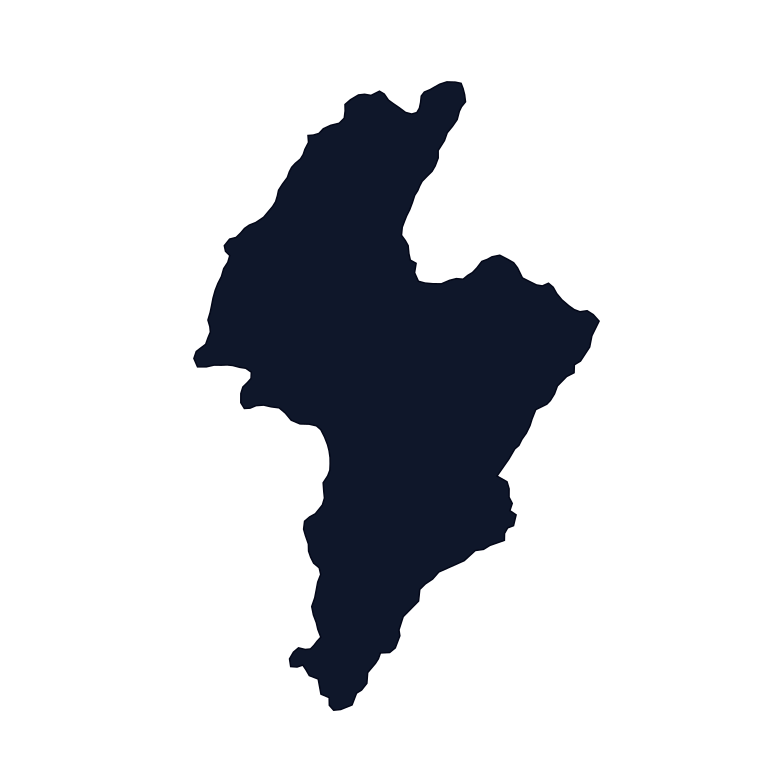 outline of Delfim Moreira, Minas Gerais, Brazil, rotated 331°
{"feature_id": "56859067B30477670707937", "entity_name": "Delfim Moreira", "entity_type": "district", "adm_level": 2, "iso_a3": "BRA", "parent_name": "Brazil", "parent_adm1": "Minas Gerais", "projection": "mercator", "projection_center": [-45.288, -22.512], "detail": "fine", "context": "isolated", "style": "filled", "palette": "ink", "viewbox_px": 768, "rotation_deg": 331, "n_neighbors": 0, "source": "geoboundaries", "source_scale": "gbopen_adm2", "svg_char_len": 3303}
<svg xmlns="http://www.w3.org/2000/svg" viewBox="0 0 768 768"><g transform="rotate(331 384 384)"><path d="M592.1,176.7L594.8,170.0L596.4,164.0L597.2,158.4L592.8,154.6L585.4,150.2L578.1,148.8L573.0,148.8L567.1,148.9L560.8,148.2L556.2,150.2L552.5,155.5L548.7,159.9L544.3,162.5L539.1,161.3L534.5,156.9L531.4,150.0L528.0,143.2L525.5,137.8L524.8,130.5L522.0,125.7L512.6,125.3L507.5,121.2L501.8,118.8L492.5,119.1L485.4,120.6L482.4,126.3L478.1,132.2L471.2,134.2L462.8,131.9L454.7,131.3L448.5,133.3L442.8,132.0L438.0,129.8L435.1,136.1L428.6,140.4L424.6,144.1L420.0,146.7L413.4,148.0L408.3,149.7L404.1,152.5L399.5,156.6L392.2,159.9L385.7,163.4L382.0,167.7L377.6,172.0L372.6,174.8L366.8,177.0L359.6,179.8L350.1,180.6L343.2,179.7L337.4,180.3L331.9,182.4L325.7,184.1L319.2,182.4L311.4,185.6L309.7,191.1L311.4,196.9L306.3,201.9L299.8,205.3L293.9,211.2L287.5,215.5L281.8,220.2L276.1,226.0L271.0,232.1L266.7,237.1L261.0,242.7L259.5,249.4L257.3,254.4L252.4,258.3L247.3,262.8L240.9,263.7L235.6,264.5L230.1,269.5L229.2,278.6L237.0,282.9L244.6,285.1L250.9,288.7L256.1,291.3L260.7,294.5L265.9,299.5L270.7,303.2L273.7,309.3L270.4,314.7L265.0,316.6L259.1,318.2L254.2,322.9L249.7,330.9L250.0,337.7L255.2,340.2L261.6,340.9L268.5,344.1L274.3,349.3L280.7,354.0L283.6,361.6L285.3,370.7L291.2,378.2L299.0,382.8L304.6,387.8L306.6,393.3L306.3,401.6L305.2,409.7L303.6,415.8L301.1,422.3L298.2,427.7L294.9,433.1L290.3,437.0L282.9,440.9L279.4,448.4L276.6,454.9L271.5,459.9L266.7,461.9L261.0,464.2L254.5,464.2L248.0,465.5L243.3,472.0L241.8,478.5L240.3,487.3L237.0,493.6L235.9,499.9L235.6,506.6L238.2,513.3L236.3,519.9L230.0,525.1L224.9,531.3L219.8,537.4L212.9,543.6L210.3,551.7L209.1,559.9L207.2,566.4L206.0,574.8L200.9,576.5L196.1,578.6L191.2,580.1L186.4,578.0L181.3,573.3L174.8,574.6L168.1,578.6L165.4,585.9L170.8,589.4L176.7,590.5L177.2,596.1L177.3,602.8L183.4,610.1L178.5,624.7L184.0,631.7L180.4,638.5L181.8,644.9L188.3,647.7L200.5,649.2L210.1,641.1L216.0,640.8L223.9,637.5L229.8,628.5L241.1,624.2L245.9,621.6L250.5,617.5L258.8,621.6L265.9,620.3L275.8,611.9L277.9,606.3L288.0,596.8L309.0,590.6L315.7,581.0L323.3,578.9L331.9,578.2L340.8,575.0L368.5,577.4L383.1,573.9L390.9,576.9L398.3,576.5L413.5,579.1L417.0,573.1L422.4,569.8L428.6,570.7L436.1,562.5L432.7,555.8L438.3,550.6L438.5,543.6L442.6,536.3L444.2,529.2L438.2,519.3L448.8,514.1L456.8,510.2L466.9,504.2L472.2,503.1L477.9,499.2L484.6,496.0L491.6,491.1L496.5,486.4L504.3,480.0L516.6,480.6L521.5,479.1L528.3,475.3L534.7,469.8L547.4,466.0L555.7,466.3L559.8,459.5L567.0,459.2L581.8,451.4L589.2,442.6L602.6,433.3L600.7,424.9L597.2,418.4L590.4,415.8L586.4,411.1L583.5,405.0L580.4,396.6L578.9,388.6L578.9,381.4L576.7,375.6L570.1,375.0L565.4,371.3L561.1,365.1L556.5,358.3L557.1,347.1L556.2,340.8L552.7,335.0L547.7,327.5L540.1,325.1L534.8,325.1L529.0,324.2L521.5,327.5L515.4,329.4L509.9,329.6L504.0,330.7L498.4,326.9L491.6,325.1L482.7,324.2L475.2,319.9L468.8,315.6L463.9,310.8L464.7,301.5L470.6,294.0L467.1,288.4L469.0,282.0L472.2,274.7L472.2,268.9L471.4,262.4L476.0,255.7L480.8,251.6L485.3,247.9L491.0,244.0L497.0,238.9L502.3,233.9L507.3,231.2L511.3,228.0L515.6,225.2L522.6,223.1L529.1,221.3L534.5,218.1L541.0,212.6L544.6,206.0L549.6,203.3L554.9,200.4L561.1,194.9L568.7,191.9L576.2,188.2L582.1,182.0L586.2,179.1L592.1,176.7Z" fill="#0f172a" stroke="#020617" stroke-width="1.5"/></g></svg>